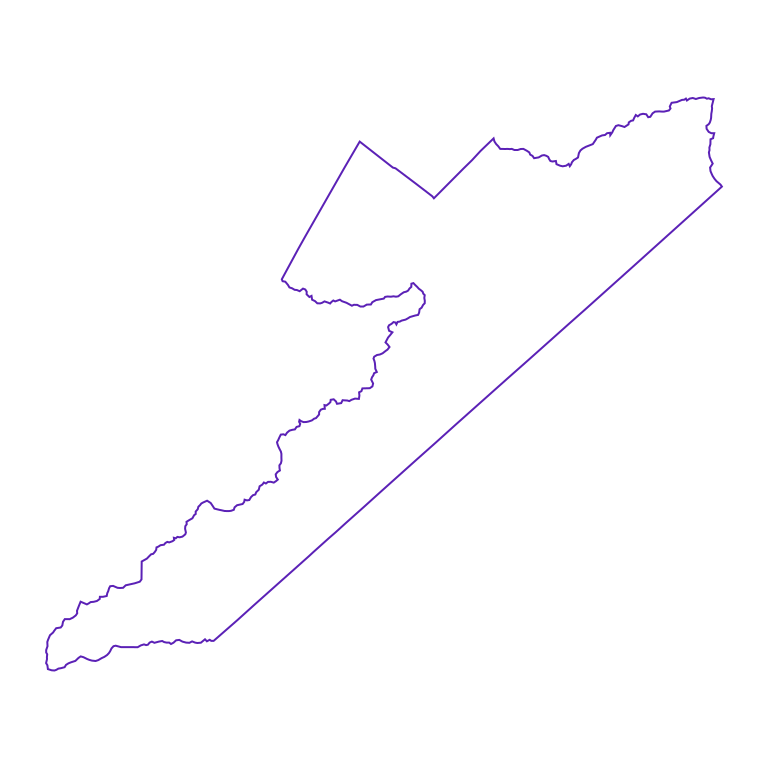 the district of Jaru, Rondônia, Brazil
{"feature_id": "56859067B25021764708430", "entity_name": "Jaru", "entity_type": "district", "adm_level": 2, "iso_a3": "BRA", "parent_name": "Brazil", "parent_adm1": "Rondônia", "projection": "mercator", "projection_center": [-62.677, -10.648], "detail": "fine", "context": "isolated", "style": "outline", "palette": "violet", "viewbox_px": 768, "rotation_deg": 0, "n_neighbors": 0, "source": "geoboundaries", "source_scale": "gbopen_adm2", "svg_char_len": 6060}
<svg xmlns="http://www.w3.org/2000/svg" viewBox="0 0 768 768"><path d="M713.6,99.1L711.1,99.3L708.7,98.3L706.9,98.7L705.0,97.7L703.1,97.5L699.1,98.0L695.9,99.0L692.8,98.0L689.7,98.6L686.9,100.5L685.9,98.6L684.3,99.7L682.0,99.9L676.8,102.1L671.6,102.8L669.8,106.5L670.5,108.5L668.9,110.5L664.0,111.6L662.1,111.6L659.2,111.4L655.1,111.6L652.6,113.3L650.3,116.8L648.2,117.2L646.3,114.3L643.0,113.8L640.1,114.5L637.8,116.4L635.8,115.0L634.2,117.9L633.1,120.4L631.1,120.8L628.8,122.4L628.5,124.4L624.5,127.0L621.9,126.1L618.4,125.2L615.9,126.0L614.7,127.9L613.3,130.1L612.3,132.3L610.3,135.2L610.1,132.8L607.1,133.2L605.0,135.0L602.1,135.4L596.9,137.7L595.8,139.7L592.8,144.1L585.9,146.8L582.5,148.7L580.4,150.5L578.9,153.1L578.0,157.5L575.7,159.0L573.8,160.0L571.9,162.3L571.2,164.2L569.8,166.2L568.7,163.9L566.1,165.7L562.7,166.3L560.1,165.7L556.5,164.2L555.9,161.0L552.5,161.5L550.4,161.0L549.1,159.0L548.2,156.9L546.3,155.8L544.1,155.1L541.9,155.5L538.7,157.4L534.1,158.2L532.5,155.9L530.2,154.6L529.3,152.4L526.9,150.8L523.4,148.9L520.7,149.0L517.7,150.0L514.4,150.0L511.8,148.9L509.8,149.1L507.6,148.9L505.3,149.0L500.2,148.9L498.3,146.3L496.1,144.0L494.4,141.4L493.6,138.4L480.5,151.0L472.0,160.2L463.4,168.6L433.9,198.3L432.3,196.3L415.9,183.7L395.5,168.3L392.9,167.6L359.7,141.6L344.7,167.3L305.6,235.8L298.2,249.0L281.8,279.3L282.6,281.2L285.3,281.7L288.0,285.0L289.4,287.4L292.1,288.3L294.6,289.8L296.8,290.0L299.7,291.2L303.0,288.6L305.3,289.5L306.7,291.7L306.6,294.3L309.4,297.0L311.5,295.9L312.1,299.7L315.0,301.1L317.3,303.3L320.2,303.4L322.1,302.8L324.5,301.4L328.3,302.7L330.1,303.5L331.4,302.0L333.3,300.5L335.1,301.4L339.9,299.7L342.0,301.2L346.5,302.8L351.9,305.7L353.9,304.8L357.3,304.9L360.3,306.5L363.5,306.5L366.8,304.6L370.9,304.5L372.3,302.2L376.0,300.1L383.8,298.6L385.1,296.9L387.5,296.5L390.9,296.7L393.5,296.3L396.0,296.7L398.3,296.3L400.5,294.5L403.7,292.3L406.4,291.6L408.1,290.6L409.5,288.5L411.3,286.9L411.4,283.7L413.4,283.1L415.0,284.8L417.2,286.9L418.8,288.7L420.7,290.1L422.6,291.7L423.3,293.7L424.7,295.1L424.3,298.0L424.8,300.8L424.7,303.3L423.1,304.9L421.6,307.7L419.6,309.2L419.1,312.7L418.1,314.9L415.2,315.5L410.0,317.0L407.8,318.4L405.6,319.6L401.6,320.6L399.8,321.6L397.6,321.9L396.4,324.4L395.4,322.5L393.5,322.1L391.6,323.8L389.0,325.3L388.1,327.1L389.1,330.8L392.4,332.3L390.4,334.8L388.1,337.5L385.5,342.4L387.6,344.5L389.5,347.0L387.5,349.6L385.8,350.8L382.6,353.3L379.9,354.5L377.0,355.0L374.2,356.7L373.5,358.6L374.4,360.9L374.9,363.1L375.2,366.6L375.3,368.8L376.8,372.0L374.1,373.2L373.3,375.4L372.0,377.3L371.2,379.6L373.1,383.5L372.4,386.4L369.8,388.2L362.4,388.4L361.4,391.2L359.1,392.3L359.4,395.6L358.9,398.9L355.0,398.6L351.5,399.8L349.3,401.1L347.2,400.5L345.1,400.4L342.6,400.2L341.2,403.1L337.0,403.8L336.0,401.5L333.7,399.3L330.7,399.8L330.4,402.1L329.0,403.5L326.4,405.5L324.5,405.1L324.8,408.8L322.8,408.9L320.8,409.7L319.1,412.1L319.1,414.5L316.0,418.1L314.1,418.7L311.9,420.4L308.6,421.5L306.2,422.0L303.5,422.1L301.2,421.2L299.5,420.0L299.1,421.8L300.2,423.9L299.4,426.2L296.6,426.9L294.9,429.4L292.4,429.8L289.5,430.6L287.1,432.6L285.4,435.1L283.4,434.3L280.8,434.6L279.3,437.6L278.2,440.1L277.0,442.2L277.5,444.2L278.4,446.6L279.7,449.3L280.9,451.6L281.4,453.8L281.4,457.7L281.5,460.8L280.9,463.3L279.4,465.3L279.5,468.0L279.9,470.5L277.5,472.0L275.7,474.3L276.1,477.0L277.8,479.6L275.9,481.2L273.8,482.6L270.8,481.8L268.0,481.9L265.9,483.5L263.9,482.5L262.3,484.6L259.6,486.3L258.8,489.7L256.2,492.2L255.3,494.5L253.0,495.2L251.0,497.1L249.3,500.0L247.0,500.4L244.6,499.7L244.2,501.9L242.6,504.0L237.1,505.2L234.6,507.3L233.8,509.8L231.1,510.8L228.8,511.1L224.7,511.0L221.6,510.3L219.6,509.9L217.1,509.3L214.4,508.6L212.6,505.8L210.7,503.0L207.1,500.7L203.1,502.5L201.3,503.5L200.0,505.2L198.4,506.7L197.7,509.3L195.7,511.5L195.7,514.0L194.1,515.2L192.4,518.3L189.4,520.0L186.5,521.8L186.7,524.3L185.3,526.2L185.1,528.8L185.9,532.5L185.3,534.3L182.5,536.6L179.7,537.3L177.4,536.9L175.8,538.3L173.9,537.8L174.2,540.0L172.5,541.2L169.2,542.4L167.3,541.9L165.4,543.0L164.0,544.7L160.5,545.2L158.4,546.6L156.5,547.4L156.2,549.8L155.0,551.7L153.2,553.8L151.1,554.3L148.9,556.5L146.9,558.6L141.7,561.5L141.5,579.4L139.8,581.7L134.7,583.3L125.7,585.3L123.1,587.8L120.0,588.0L117.5,587.8L113.1,585.9L110.2,586.2L109.1,588.2L108.2,591.2L107.3,593.1L106.7,596.0L103.0,596.8L99.9,596.8L99.7,599.0L96.9,601.0L93.7,601.8L90.6,602.1L88.7,603.4L86.9,604.4L82.5,602.5L80.6,601.7L78.9,605.9L77.0,610.8L77.2,613.3L75.8,615.4L72.8,617.7L69.6,619.2L67.5,619.1L64.8,619.1L63.0,621.8L62.3,625.5L60.7,627.5L56.2,628.2L54.2,630.8L53.1,632.5L50.0,635.2L48.0,639.9L47.3,642.0L47.5,646.2L46.2,650.0L46.2,652.5L47.2,654.3L46.9,657.2L47.0,659.1L46.1,663.1L47.4,665.3L47.9,669.1L51.7,670.3L54.5,670.5L56.4,669.8L58.4,668.6L60.9,668.2L64.6,667.2L66.0,664.9L68.5,663.3L71.0,662.3L75.4,660.9L78.5,657.9L80.7,656.4L83.5,657.2L87.1,659.0L89.4,659.9L91.9,660.6L95.6,661.0L98.3,660.1L101.7,658.1L104.3,656.9L107.1,655.0L109.0,653.0L110.2,651.1L111.5,648.4L113.5,646.2L115.7,645.7L120.9,647.1L127.4,647.1L137.7,647.2L140.8,645.4L144.0,644.4L146.1,645.1L147.9,644.7L149.6,642.6L151.9,641.6L154.4,642.8L158.9,641.6L162.2,641.0L164.2,642.1L166.6,642.6L169.2,642.6L171.0,644.0L173.5,642.7L176.1,640.3L179.3,639.9L182.4,641.6L186.1,642.6L189.4,642.8L192.1,641.4L195.1,642.6L197.3,643.0L200.9,642.7L205.0,639.3L206.9,641.3L209.7,639.8L211.3,640.9L213.6,640.9L237.3,620.2L253.7,605.4L309.0,556.1L313.1,552.3L328.7,538.3L335.5,532.4L346.3,522.6L363.6,507.2L380.1,492.3L417.4,458.9L436.2,442.2L455.5,424.8L506.9,379.0L529.3,359.2L559.1,332.6L568.3,324.4L585.8,308.9L631.0,268.4L721.9,186.6L720.5,184.6L716.5,181.2L714.5,178.8L712.6,175.9L711.5,173.5L710.5,171.1L710.1,167.5L711.2,165.9L712.7,163.6L711.0,160.2L709.6,156.9L708.9,152.4L709.5,150.2L709.4,147.5L710.4,144.2L710.5,139.3L713.1,138.2L713.4,136.3L714.2,133.2L711.3,133.2L708.7,131.9L706.6,128.8L706.4,125.9L708.7,124.2L709.8,122.6L710.7,119.9L711.1,117.9L711.3,113.8L711.8,111.1L712.1,108.3L711.8,106.2L712.8,102.3L713.6,99.1Z" fill="none" stroke="#5b21b6" stroke-width="2"/></svg>